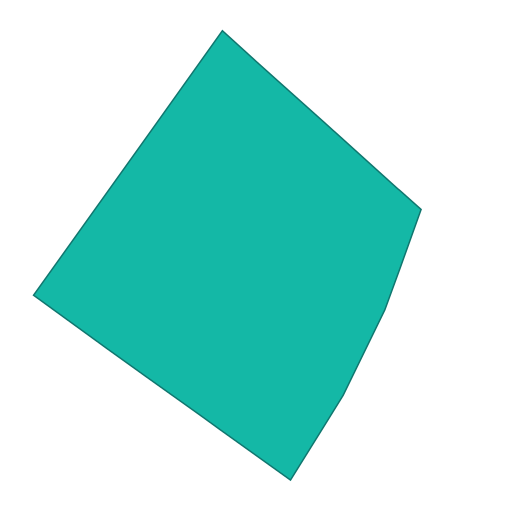 the district of Clarke, Mississippi, United States of America, rotated 306°
{"feature_id": "52423323B26987461690173", "entity_name": "Clarke", "entity_type": "district", "adm_level": 2, "iso_a3": "USA", "parent_name": "United States of America", "parent_adm1": "Mississippi", "projection": "orthographic", "projection_center": [-88.63, 32.027], "detail": "fine", "context": "isolated", "style": "filled", "palette": "teal", "viewbox_px": 512, "rotation_deg": 306, "n_neighbors": 0, "source": "geoboundaries", "source_scale": "gbopen_adm2", "svg_char_len": 426}
<svg xmlns="http://www.w3.org/2000/svg" viewBox="0 0 512 512"><g transform="rotate(306 256 256)"><path d="M390.7,362.2L393.6,333.2L393.7,330.9L402.8,246.1L402.8,245.4L403.9,235.5L410.7,168.7L413.6,140.7L413.7,140.1L418.5,96.4L289.2,97.6L93.5,99.1L93.5,191.2L93.8,238.3L94.4,307.2L94.4,329.8L95.0,415.6L163.5,410.7L194.5,408.4L288.1,391.9L330.9,379.7L390.7,362.2Z" fill="#14b8a6" stroke="#0f766e" stroke-width="1.5"/></g></svg>